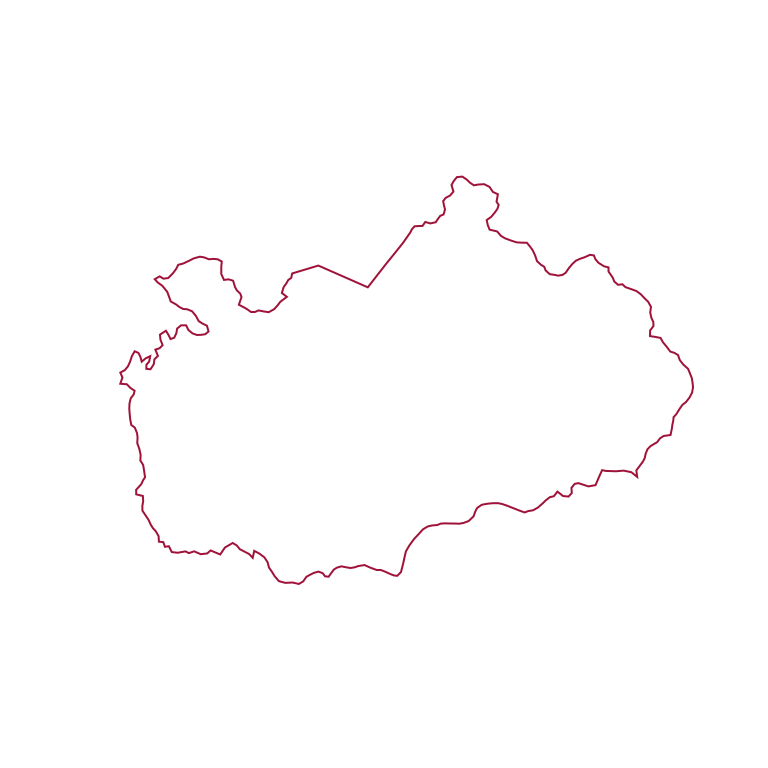 outline of Abelardo Luz, Santa Catarina, Brazil, rotated 151°
{"feature_id": "56859067B19752032380289", "entity_name": "Abelardo Luz", "entity_type": "district", "adm_level": 2, "iso_a3": "BRA", "parent_name": "Brazil", "parent_adm1": "Santa Catarina", "projection": "albers", "projection_center": [-52.247, -26.575], "detail": "fine", "context": "isolated", "style": "outline", "palette": "rose", "viewbox_px": 768, "rotation_deg": 151, "n_neighbors": 0, "source": "geoboundaries", "source_scale": "gbopen_adm2", "svg_char_len": 4558}
<svg xmlns="http://www.w3.org/2000/svg" viewBox="0 0 768 768"><g transform="rotate(151 384 384)"><path d="M158.1,200.5L153.8,205.5L151.5,208.6L149.0,211.4L146.8,214.6L143.0,215.9L137.8,218.8L133.1,221.1L128.6,221.8L123.3,224.1L118.6,227.2L115.2,231.5L113.3,236.1L111.9,240.0L111.4,243.9L110.7,249.9L112.8,255.9L113.7,261.6L112.8,266.8L114.9,270.4L117.9,273.6L118.7,279.5L119.8,285.4L119.8,290.2L123.9,293.7L128.1,296.9L125.3,301.8L120.2,304.1L118.4,307.7L118.1,312.1L116.5,317.5L113.1,322.0L113.1,327.9L114.8,333.7L115.9,338.0L118.2,343.0L122.2,347.6L125.9,351.7L127.1,355.6L131.2,357.3L132.9,361.9L132.4,366.4L133.1,373.5L131.1,377.1L134.5,380.3L137.6,385.9L138.6,390.5L138.1,394.7L141.2,397.1L147.1,397.6L152.0,398.5L156.4,398.8L161.0,397.7L166.0,395.8L171.2,393.2L175.0,392.9L179.1,394.3L182.2,397.0L185.8,399.7L187.6,405.0L187.0,408.7L188.9,412.2L190.6,417.2L189.5,423.2L189.1,428.8L189.7,433.7L190.6,438.3L195.3,441.0L199.5,443.7L203.0,447.5L207.5,452.7L209.9,456.9L211.1,462.6L216.8,467.8L216.2,472.7L214.7,477.6L209.2,478.2L204.3,480.1L199.9,482.2L196.9,485.0L197.2,488.9L194.7,491.9L192.4,494.8L195.6,499.1L196.2,505.3L199.5,510.2L205.2,512.9L209.1,514.2L211.3,518.6L212.4,522.4L214.9,527.4L219.9,529.6L224.6,527.7L228.5,525.3L230.0,518.6L234.9,516.8L239.8,516.9L243.6,515.3L244.9,511.2L246.0,507.1L249.7,503.4L253.3,503.8L257.1,502.1L260.3,500.4L265.7,502.0L269.3,505.7L273.7,503.6L277.4,505.5L280.8,507.1L284.4,505.9L287.5,503.8L299.2,498.1L313.1,492.4L323.1,488.4L351.3,476.4L384.0,519.4L410.7,525.2L413.7,521.8L417.5,521.3L420.7,519.3L424.8,517.4L429.2,513.1L426.7,507.3L430.5,506.8L435.0,506.1L438.8,504.4L443.8,502.7L450.0,502.7L454.2,505.9L458.1,509.2L461.8,509.5L465.4,511.4L467.1,515.1L469.2,518.7L472.5,523.7L466.5,529.1L465.9,532.8L467.3,537.2L467.3,541.0L465.9,547.5L469.2,550.9L473.5,552.6L473.0,559.1L469.5,565.4L466.5,569.8L469.0,573.7L472.5,576.1L476.7,578.0L479.9,581.9L483.3,584.6L489.5,586.1L495.1,586.3L501.1,586.7L506.2,588.0L510.0,585.4L515.1,583.1L521.4,581.3L525.9,583.1L528.0,586.9L533.7,586.8L532.7,582.6L530.2,577.2L528.9,569.7L529.7,564.4L530.5,559.6L527.3,554.4L525.6,550.5L523.3,547.0L519.8,544.7L516.6,540.6L515.5,534.8L515.6,528.9L513.6,525.1L510.6,520.8L512.0,515.0L516.2,514.2L519.9,515.6L523.8,517.5L527.0,521.2L528.9,526.1L528.6,531.2L533.0,533.7L538.0,532.8L541.0,529.1L545.0,526.2L548.9,526.8L548.7,531.7L548.9,536.3L556.0,535.8L558.0,531.2L558.8,525.3L562.9,524.1L567.3,524.9L568.1,518.2L572.8,516.9L575.8,512.9L581.1,510.1L584.5,512.5L582.4,516.1L578.6,517.4L575.0,521.7L579.9,522.0L585.1,521.0L583.9,525.8L583.7,530.2L586.2,533.5L591.0,530.6L595.3,526.6L599.5,523.5L604.0,521.8L609.1,521.8L609.6,516.5L614.5,512.1L609.0,508.4L607.7,503.5L605.4,499.0L608.0,496.2L612.4,494.3L616.0,490.4L618.8,485.8L621.0,481.0L623.2,475.9L624.9,470.7L623.1,466.7L623.8,460.8L625.5,456.6L628.5,451.9L629.4,446.1L631.2,440.0L634.2,435.2L633.9,429.9L636.3,423.3L638.2,418.3L641.4,416.6L644.8,414.1L648.6,412.8L652.1,411.6L654.2,407.6L649.2,403.0L651.4,398.3L654.4,394.6L656.7,390.3L656.2,384.2L655.8,379.2L656.2,374.1L656.0,370.0L655.0,365.9L654.9,360.2L657.3,355.2L653.7,352.7L654.5,347.8L650.8,346.4L651.1,339.9L646.4,336.5L638.7,333.8L636.7,330.7L631.2,329.7L626.8,324.0L620.8,321.5L616.4,322.5L609.9,314.3L602.4,318.1L593.4,318.3L591.0,314.0L590.2,309.4L584.4,300.7L583.1,295.6L578.4,301.0L575.2,296.0L572.7,290.5L572.2,284.6L573.6,279.3L573.1,274.7L572.8,268.8L571.5,262.5L566.7,257.9L560.2,254.7L555.5,250.4L550.5,250.5L545.3,253.0L541.3,253.0L537.0,252.8L532.3,251.7L529.3,248.2L528.8,244.4L525.9,242.3L521.9,244.2L517.9,246.0L514.2,246.2L509.7,245.2L505.7,241.8L502.5,239.3L498.9,238.0L494.6,237.2L488.8,235.1L485.0,230.0L480.5,224.8L476.9,222.8L474.0,219.3L470.5,214.6L468.2,211.8L465.4,209.8L460.3,211.3L453.8,218.2L449.7,222.9L446.0,227.0L439.9,230.6L435.8,232.5L432.5,234.0L427.1,235.7L420.3,238.0L414.9,238.2L410.6,237.0L405.7,234.8L402.1,234.4L398.3,232.6L393.9,230.0L389.5,227.5L385.9,225.3L381.7,223.9L376.5,223.1L369.9,224.8L365.9,228.3L362.7,230.4L357.1,231.0L351.2,229.0L346.7,227.0L341.8,224.3L338.9,221.8L335.6,218.2L331.1,212.7L326.8,207.5L323.3,203.5L319.3,202.9L315.0,201.3L309.4,201.3L303.0,202.7L298.5,203.9L293.8,204.6L289.8,203.5L284.5,205.8L281.7,199.2L277.2,196.1L272.6,197.6L270.4,202.3L265.7,204.2L262.1,203.1L254.8,195.3L248.0,193.0L239.5,199.6L235.0,202.9L232.1,200.4L223.4,195.2L216.3,192.0L210.4,186.9L207.6,180.0L205.2,186.1L195.4,190.5L192.0,192.7L188.8,196.3L185.2,199.2L180.9,200.5L173.3,200.7L169.1,202.6L164.7,203.0L158.1,200.5Z" fill="none" stroke="#9f1239" stroke-width="2"/></g></svg>